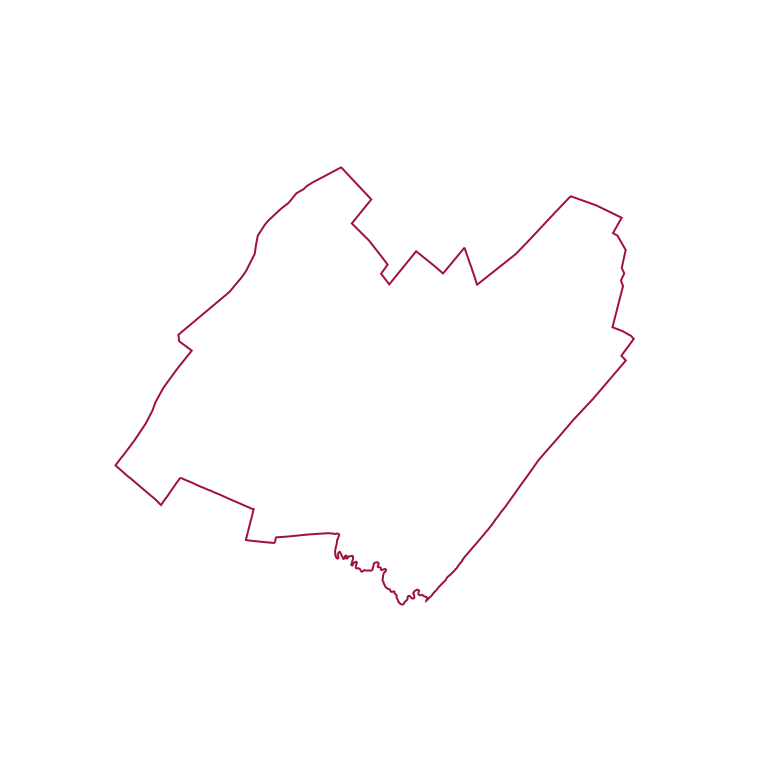 the district of Draganesti De Vede, Teleorman, Romania, rotated 160°
{"feature_id": "2599482B68753922423647", "entity_name": "Draganesti De Vede", "entity_type": "district", "adm_level": 2, "iso_a3": "ROU", "parent_name": "Romania", "parent_adm1": "Teleorman", "projection": "albers", "projection_center": [25.058, 44.14], "detail": "fine", "context": "isolated", "style": "outline", "palette": "rose", "viewbox_px": 768, "rotation_deg": 160, "n_neighbors": 0, "source": "geoboundaries", "source_scale": "gbopen_adm2", "svg_char_len": 6166}
<svg xmlns="http://www.w3.org/2000/svg" viewBox="0 0 768 768"><g transform="rotate(160 384 384)"><path d="M635.0,346.5L630.1,349.9L628.6,351.0L628.0,351.3L624.7,353.5L622.5,355.2L620.4,356.7L614.7,360.6L613.5,361.6L610.5,363.5L609.9,363.9L609.2,364.5L608.3,365.0L607.9,365.2L607.5,365.2L607.1,365.0L606.6,364.8L606.0,364.3L604.7,363.0L602.4,360.8L598.1,356.9L596.7,355.5L595.4,354.1L593.6,352.3L592.5,351.3L590.5,349.4L588.8,347.9L587.1,346.3L585.7,344.9L583.7,343.3L582.7,342.5L581.4,341.0L576.2,336.3L568.8,329.0L560.5,321.2L555.8,316.7L550.2,311.4L549.6,311.1L549.3,311.0L552.7,305.8L557.4,299.0L564.8,288.1L567.2,284.7L564.8,283.3L549.8,276.0L544.6,273.6L542.5,272.6L541.9,272.3L541.5,272.3L541.1,272.4L540.6,272.7L538.5,276.0L538.0,276.6L537.6,276.7L537.2,276.7L536.5,276.4L534.4,275.8L526.7,273.6L508.2,268.9L500.1,266.6L487.8,263.0L486.6,262.5L485.3,261.9L484.8,261.6L482.7,260.8L481.2,259.7L479.9,259.6L479.3,259.5L478.5,259.2L478.0,258.8L477.8,258.4L477.7,257.9L477.8,257.4L478.0,257.0L478.8,256.3L479.1,255.8L479.6,255.0L480.3,254.3L480.9,253.9L481.3,253.7L481.5,253.2L481.8,252.4L482.5,251.1L483.1,250.1L483.5,249.2L483.9,248.7L484.2,248.5L485.0,247.2L486.1,245.5L487.1,243.7L488.3,239.8L488.3,238.5L488.2,237.4L488.1,236.7L487.9,236.3L487.5,236.0L487.2,235.8L486.8,235.8L486.5,235.9L486.3,236.1L486.1,236.8L485.9,238.7L485.8,239.4L485.0,240.5L483.9,241.3L483.2,241.4L482.9,241.3L482.9,241.0L482.6,239.1L482.5,237.3L482.4,236.5L482.2,235.9L482.1,234.2L482.1,233.8L481.9,233.5L481.6,233.4L481.2,233.6L481.0,233.8L479.8,235.2L479.4,235.5L479.1,235.7L478.8,235.9L478.3,235.8L478.0,235.4L478.0,235.1L478.2,234.6L479.0,233.2L478.9,232.8L478.6,232.6L477.8,232.9L477.5,233.3L477.0,233.7L476.6,233.9L475.9,233.9L475.3,233.7L474.2,233.7L473.6,233.5L473.0,233.5L472.6,233.4L472.4,233.1L472.2,232.6L472.3,232.1L472.3,231.7L472.7,231.0L473.3,229.8L473.8,229.0L474.2,228.6L474.6,228.2L475.8,226.3L476.3,225.8L476.6,225.3L476.6,224.9L476.3,224.5L476.0,224.3L475.4,224.4L475.2,224.7L474.6,225.7L474.3,226.0L473.8,226.1L473.1,226.4L472.1,226.6L471.3,226.6L470.9,226.5L470.6,225.8L470.6,225.3L470.7,225.0L471.1,224.8L471.6,224.3L472.2,223.3L472.9,222.2L473.2,221.6L473.3,221.0L473.3,220.7L472.9,220.2L472.5,219.9L471.5,219.7L471.1,219.6L470.7,219.3L470.4,219.0L470.1,218.7L469.9,218.1L469.7,216.8L469.6,215.9L469.2,215.4L468.9,215.2L468.5,215.1L466.9,215.7L466.4,215.7L465.9,215.7L465.1,215.1L464.5,214.7L462.7,214.2L462.0,214.0L461.5,213.7L461.0,213.5L460.8,213.3L460.5,213.2L460.2,213.1L459.8,213.1L459.0,213.2L458.6,213.4L458.2,213.7L456.7,215.9L455.9,217.0L455.1,218.4L454.9,218.7L454.4,219.0L453.9,219.1L453.4,219.1L452.8,219.0L451.7,218.8L451.3,218.8L451.0,218.6L450.8,218.3L450.5,217.9L450.4,217.4L450.4,216.9L450.8,216.5L451.5,215.8L452.0,215.2L452.3,214.8L452.4,214.4L452.3,214.1L452.1,213.8L451.7,213.6L450.7,213.3L450.3,213.1L450.1,212.9L450.0,212.5L450.3,210.4L450.1,210.1L449.8,209.9L448.0,210.0L447.0,209.9L446.4,209.8L446.0,209.5L445.7,209.1L445.7,208.6L446.1,207.9L446.6,207.3L446.9,207.2L447.5,207.2L447.8,207.1L448.4,206.7L449.0,206.1L450.5,204.2L451.2,202.4L452.5,200.2L452.5,199.6L452.5,199.1L452.2,198.5L452.2,197.8L452.5,197.0L452.4,196.0L452.2,195.2L452.2,194.4L452.1,193.1L451.5,191.9L450.9,190.9L450.5,190.3L448.8,189.0L448.7,188.6L448.6,187.3L448.6,186.7L448.3,186.3L448.0,186.1L447.4,185.9L445.9,185.8L445.5,185.6L445.3,185.4L445.2,185.1L445.3,184.8L445.5,184.5L445.6,183.9L445.5,183.4L445.1,182.7L444.6,181.4L444.5,180.7L444.6,180.2L445.1,179.5L445.2,178.5L445.1,177.4L444.7,175.5L444.7,175.2L444.9,174.8L445.0,174.5L445.0,174.2L444.4,173.2L443.9,171.9L443.2,171.1L442.3,170.6L441.7,170.4L441.2,170.3L440.8,170.5L440.5,170.7L440.1,171.3L439.7,171.6L437.7,172.7L436.5,173.1L435.6,173.7L435.3,174.0L435.1,174.7L434.7,175.7L434.2,176.2L433.6,176.5L433.1,176.5L432.5,176.1L432.2,175.7L431.6,173.9L431.4,173.5L431.0,173.0L430.4,172.6L429.8,172.4L429.3,172.4L429.0,172.5L428.7,172.7L428.5,173.0L427.9,175.3L427.9,175.8L427.9,176.3L428.2,176.7L428.2,177.1L428.1,177.5L427.8,177.7L426.3,178.8L425.7,179.0L424.5,179.2L423.4,179.3L422.9,179.3L422.5,179.1L422.2,178.8L421.9,178.4L421.8,178.0L421.8,177.5L422.1,177.1L422.6,176.7L422.9,176.3L423.1,175.9L423.3,175.3L423.4,174.7L423.3,174.2L423.1,173.7L422.8,173.4L422.4,173.2L422.0,173.0L420.7,172.9L420.3,172.7L419.9,172.2L419.4,171.4L418.7,170.6L417.8,169.9L417.0,169.3L416.7,168.8L416.6,168.2L416.7,167.8L416.8,167.4L417.1,167.0L417.5,166.7L418.1,166.4L418.4,165.9L416.8,166.4L415.6,167.2L414.9,167.5L413.1,168.2L411.8,168.8L410.1,169.9L408.6,170.8L406.7,171.8L405.1,172.5L403.9,173.2L401.6,174.7L399.7,175.5L397.1,176.9L396.0,177.3L395.1,177.7L393.8,178.3L392.9,178.8L392.0,179.6L391.3,180.4L390.8,180.6L389.9,181.1L387.7,181.8L386.4,182.3L385.0,182.9L383.2,183.9L382.3,184.2L380.3,185.4L379.5,185.8L378.9,185.9L376.5,187.7L374.6,189.0L373.8,189.5L372.4,190.2L370.9,191.1L370.8,191.3L370.6,191.8L370.3,191.9L369.8,192.2L368.7,193.1L355.8,200.4L351.4,202.8L342.3,208.0L339.2,209.9L337.5,210.8L336.2,211.4L335.1,212.2L330.8,214.8L328.4,216.5L325.0,218.9L322.9,220.2L320.5,221.6L319.9,222.1L317.7,223.7L312.3,226.9L290.6,241.9L278.3,250.2L264.7,259.7L254.9,265.1L238.7,274.0L218.4,285.5L193.1,298.3L148.7,323.4L151.3,329.4L133.9,340.9L135.3,344.6L141.9,352.2L149.9,359.2L125.9,394.3L125.9,400.3L120.4,405.8L120.9,411.7L111.0,427.4L111.1,427.5L113.8,443.4L117.2,447.5L103.8,458.9L116.8,472.4L123.5,479.3L144.1,496.4L145.7,496.0L164.9,486.5L198.6,469.4L215.9,461.0L262.4,445.5L262.6,446.6L262.2,454.5L261.8,484.0L262.2,484.3L290.7,467.7L296.3,477.7L308.4,497.7L345.0,475.8L349.0,488.6L339.8,494.9L342.7,504.5L349.1,524.1L359.3,545.9L332.8,561.8L350.1,602.1L352.1,602.0L382.3,597.8L388.6,596.5L393.1,594.5L400.8,593.3L411.6,586.9L421.1,583.8L436.2,577.4L441.4,574.5L451.9,566.5L456.4,559.0L460.9,550.6L475.1,537.2L480.7,533.3L497.7,523.4L560.4,500.6L561.3,496.3L561.9,494.2L553.2,481.1L571.7,469.9L581.5,463.4L592.6,455.9L605.0,445.0L610.7,438.2L621.5,428.3L637.3,416.7L651.0,407.7L653.7,406.0L656.5,404.4L664.2,399.3L661.4,394.3L657.1,386.4L655.6,383.6L654.8,382.8L653.7,380.7L645.0,365.4L641.3,358.9L639.0,355.1L636.9,350.8L635.7,347.9L635.0,346.5Z" fill="none" stroke="#9f1239" stroke-width="2"/></g></svg>